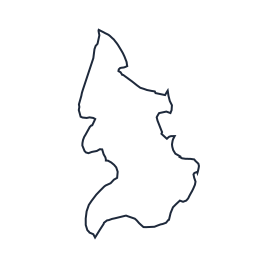 the district of Mashtul Al-Suq, Ash Sharqiyah, Egypt, rotated 168°
{"feature_id": "37247803B39026546430649", "entity_name": "Mashtul Al-Suq", "entity_type": "district", "adm_level": 2, "iso_a3": "EGY", "parent_name": "Egypt", "parent_adm1": "Ash Sharqiyah", "projection": "mercator", "projection_center": [31.372, 30.36], "detail": "fine", "context": "isolated", "style": "outline", "palette": "slate", "viewbox_px": 256, "rotation_deg": 168, "n_neighbors": 0, "source": "geoboundaries", "source_scale": "gbopen_adm2", "svg_char_len": 2776}
<svg xmlns="http://www.w3.org/2000/svg" viewBox="0 0 256 256"><g transform="rotate(168 128 128)"><path d="M136.2,230.1L136.6,229.3L136.7,227.0L136.7,224.7L140.3,216.7L142.6,215.0L144.4,212.1L147.4,203.5L164.3,174.6L165.8,171.9L167.0,169.1L171.1,161.3L171.2,158.7L172.4,155.8L172.2,152.5L172.0,148.9L170.3,147.7L166.3,146.4L163.4,146.4L160.0,145.1L158.6,144.0L158.2,143.6L162.4,138.1L163.4,138.1L165.1,137.0L171.0,130.2L172.7,128.4L174.5,125.6L175.7,122.7L176.3,120.4L175.5,115.8L175.3,114.6L174.2,112.8L171.9,111.6L168.5,112.1L166.8,112.1L163.3,112.0L159.9,113.1L157.7,112.4L157.6,111.0L157.3,107.4L156.2,103.9L156.2,101.5L156.4,100.8L154.4,100.2L151.6,97.8L149.3,94.9L147.7,91.9L147.2,87.3L149.0,81.5L152.5,80.4L156.5,77.6L161.9,76.4L163.6,75.6L168.8,72.2L172.9,69.4L178.8,64.3L182.3,60.9L185.8,55.1L188.2,48.2L189.5,41.9L189.0,36.6L188.5,35.7L187.9,34.9L187.4,33.7L185.7,32.5L184.0,31.3L183.0,27.7L176.4,34.6L173.5,37.5L171.8,39.2L171.2,40.3L167.7,42.0L166.0,41.9L162.5,42.4L159.6,42.4L149.3,42.7L148.1,42.7L146.2,41.5L140.2,37.9L139.0,36.3L138.5,35.5L136.9,32.6L135.2,30.2L134.0,28.6L133.5,27.9L131.6,27.4L131.2,27.3L122.6,25.9L119.7,26.4L116.3,26.9L114.0,26.9L110.5,27.4L107.6,29.7L107.0,29.7L104.0,36.0L100.5,41.1L97.0,43.4L93.2,45.7L92.7,46.0L92.4,46.2L89.5,44.4L86.1,44.9L83.8,46.6L82.0,48.9L79.6,51.7L78.5,52.9L76.7,55.2L74.3,58.6L73.1,61.5L73.6,65.5L73.6,69.0L73.2,69.4L72.4,70.2L69.5,70.7L69.4,69.7L68.9,70.6L68.4,71.6L68.2,72.0L67.1,74.5L66.5,76.1L66.5,76.5L66.6,78.5L68.0,80.5L69.1,82.1L69.2,82.4L69.3,82.7L69.9,83.6L70.3,83.7L73.6,84.9L77.7,85.8L78.1,85.9L80.0,86.6L81.4,87.1L83.5,88.9L82.9,89.4L84.0,90.4L87.0,93.0L88.3,96.7L88.4,97.2L88.4,97.4L88.5,98.7L88.6,100.5L88.4,102.7L88.0,103.8L87.1,106.1L86.3,107.6L85.3,108.8L84.0,110.4L85.6,110.7L87.8,111.1L89.6,110.9L90.5,110.4L91.4,109.9L92.2,109.4L92.6,109.9L93.6,111.3L95.6,114.1L95.8,114.4L96.5,115.4L95.5,116.9L95.8,118.3L96.8,124.4L97.6,129.1L97.7,132.5L96.9,133.5L96.1,134.4L94.5,136.1L87.1,136.1L83.4,133.8L81.6,136.5L81.4,137.3L80.3,141.1L81.3,144.9L81.5,145.8L81.7,150.8L81.7,151.2L81.5,154.5L81.4,156.3L82.1,155.6L84.9,152.5L92.8,156.0L93.8,156.4L94.2,158.2L94.7,158.4L97.3,159.4L101.7,161.3L102.3,161.7L104.6,163.1L107.6,164.8L110.3,167.8L114.6,173.0L115.6,174.1L121.7,180.9L122.7,181.3L122.8,181.8L123.6,183.8L123.7,184.1L125.5,185.6L125.4,186.0L124.8,187.3L124.0,187.8L123.2,188.3L121.8,188.3L119.9,188.1L119.1,188.1L118.3,188.2L116.9,188.5L115.9,188.7L115.8,191.2L115.7,192.0L115.7,193.3L116.0,195.0L116.6,198.7L116.9,199.9L117.4,202.1L118.1,204.3L119.1,207.2L120.5,211.2L121.3,213.1L122.5,215.5L123.5,217.6L123.8,218.0L124.7,219.2L126.5,221.8L127.7,223.2L128.9,224.2L130.5,225.4L132.1,226.8L133.6,228.0L134.5,228.7L135.3,229.4L136.2,230.1Z" fill="none" stroke="#1e293b" stroke-width="2"/></g></svg>